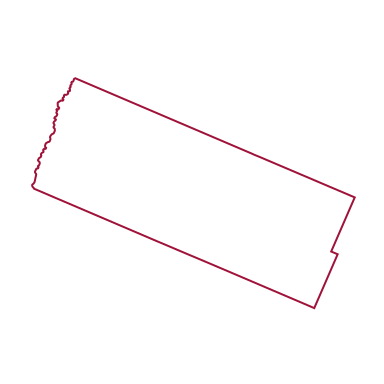 outline of Walsh, North Dakota, United States of America, rotated 203°
{"feature_id": "52423323B16407049475855", "entity_name": "Walsh", "entity_type": "district", "adm_level": 2, "iso_a3": "USA", "parent_name": "United States of America", "parent_adm1": "North Dakota", "projection": "equal_earth", "projection_center": [-97.196, 48.369], "detail": "fine", "context": "isolated", "style": "outline", "palette": "rose", "viewbox_px": 384, "rotation_deg": 203, "n_neighbors": 0, "source": "geoboundaries", "source_scale": "gbopen_adm2", "svg_char_len": 2057}
<svg xmlns="http://www.w3.org/2000/svg" viewBox="0 0 384 384"><g transform="rotate(203 192 192)"><path d="M34.1,132.9L33.6,191.6L40.6,191.6L40.1,250.6L142.8,250.7L149.4,250.6L150.9,250.7L343.9,251.1L344.8,249.8L344.5,248.0L344.6,247.4L344.9,246.9L345.7,246.4L345.8,245.5L345.1,244.7L345.0,243.8L345.5,243.1L345.5,242.5L345.4,241.9L344.9,241.6L344.8,241.2L344.9,240.5L345.2,240.1L345.3,239.5L345.2,239.2L344.5,238.8L344.1,238.1L343.9,237.3L344.3,236.8L345.4,236.3L345.4,235.8L344.6,234.6L344.6,233.8L344.8,233.3L346.0,232.1L347.1,231.9L347.4,231.6L347.6,230.9L347.5,230.6L347.1,229.9L347.0,229.4L347.1,229.1L347.7,228.4L347.7,227.7L347.3,227.1L346.7,226.9L346.4,226.6L346.4,226.1L346.8,225.5L348.1,225.1L348.5,224.9L350.4,222.0L350.4,221.5L350.1,220.7L349.0,218.5L348.1,217.9L347.6,217.9L347.2,217.6L347.1,216.6L347.3,215.9L347.6,215.7L348.7,215.6L348.9,215.4L349.0,214.9L348.9,214.7L347.9,213.9L347.9,212.1L347.6,211.7L346.6,211.2L346.4,210.9L346.3,209.9L346.4,209.0L346.6,208.5L346.9,208.2L347.5,207.3L347.6,206.5L347.5,206.1L346.6,205.7L345.9,205.7L345.6,205.5L345.6,204.6L346.4,203.1L346.6,201.7L346.4,201.3L344.8,200.1L344.7,199.1L344.9,198.0L344.8,197.6L344.3,197.1L343.2,196.7L342.2,194.9L342.2,192.5L342.3,191.9L342.6,191.4L343.1,191.1L343.7,190.1L344.2,188.0L344.2,187.4L344.0,186.8L343.3,186.0L342.9,185.1L342.8,183.3L342.9,182.9L343.2,182.3L344.2,181.6L345.4,179.9L345.6,179.1L345.4,177.4L344.7,176.0L343.6,175.7L343.5,174.8L343.7,174.5L345.0,173.9L345.4,173.1L345.4,172.4L344.8,171.9L344.5,171.1L344.4,170.6L345.2,169.7L345.6,169.1L345.8,167.9L345.5,167.1L345.0,166.7L344.9,166.4L344.9,165.3L345.0,164.8L345.9,163.7L346.2,162.3L346.2,161.1L345.8,160.7L343.8,159.8L343.4,159.0L343.2,158.0L343.3,156.5L343.7,156.2L343.9,155.6L343.5,155.0L343.0,154.7L342.9,153.8L343.2,153.4L344.2,152.8L344.4,152.2L344.5,149.5L344.1,148.7L342.6,147.7L342.2,147.1L342.1,146.5L340.8,139.5L341.1,137.8L341.8,136.7L341.9,136.1L341.5,135.2L340.6,134.4L339.0,133.7L338.6,133.3L205.7,133.0L137.0,133.1L34.1,132.9Z" fill="none" stroke="#9f1239" stroke-width="2"/></g></svg>